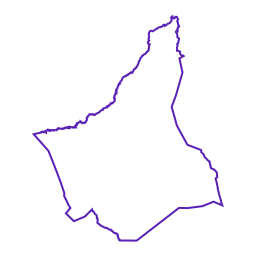 Dashinchilen, Bulgan, Mongolia
{"feature_id": "93677404B19716621729133", "entity_name": "Dashinchilen", "entity_type": "district", "adm_level": 2, "iso_a3": "MNG", "parent_name": "Mongolia", "parent_adm1": "Bulgan", "projection": "albers", "projection_center": [104.04, 47.859], "detail": "fine", "context": "isolated", "style": "outline", "palette": "violet", "viewbox_px": 256, "rotation_deg": 0, "n_neighbors": 0, "source": "geoboundaries", "source_scale": "gbopen_adm2", "svg_char_len": 5639}
<svg xmlns="http://www.w3.org/2000/svg" viewBox="0 0 256 256"><path d="M183.7,56.0L183.2,55.5L181.8,55.5L181.0,55.0L180.1,53.6L180.1,52.1L180.0,51.6L179.8,51.4L178.4,51.0L177.7,50.6L177.4,50.9L177.0,50.8L177.0,50.2L177.3,49.8L177.3,49.5L177.0,49.0L176.8,48.1L177.5,46.0L177.5,45.3L177.1,44.2L177.6,43.6L178.2,43.3L178.2,41.9L178.7,40.6L179.0,39.0L179.0,38.4L178.1,38.0L177.3,37.0L177.3,36.2L177.5,35.9L177.4,35.3L176.7,33.2L175.9,32.2L175.9,31.7L176.0,31.3L176.5,31.1L177.2,31.6L177.6,31.6L177.7,29.9L177.2,29.2L177.3,28.9L177.8,28.4L178.1,27.0L178.8,26.9L179.1,26.6L179.2,26.3L178.5,25.6L178.5,25.0L178.0,24.0L178.0,22.8L177.2,21.6L177.3,20.9L178.1,19.6L176.8,16.9L175.8,16.7L175.4,16.9L174.6,18.3L173.3,18.3L172.6,17.0L172.6,15.4L172.4,16.3L172.1,16.6L172.4,17.2L171.3,17.3L171.1,17.5L171.5,18.0L171.5,20.3L171.6,20.5L171.4,21.0L170.7,21.6L170.1,22.8L168.9,23.5L167.7,23.7L165.7,25.5L165.2,25.7L164.9,25.8L164.9,25.4L164.4,24.7L163.6,24.9L163.1,25.2L163.0,25.7L161.9,26.6L160.7,26.8L160.4,27.2L158.8,27.3L157.8,28.2L156.4,28.8L154.5,30.2L152.6,31.3L151.4,30.7L150.2,31.0L149.6,31.6L149.3,32.4L148.9,33.0L148.8,33.8L149.0,34.2L148.8,35.6L149.2,36.5L149.1,37.5L148.4,38.6L149.2,40.7L148.9,41.1L148.3,41.3L148.1,42.0L147.8,42.5L147.9,43.1L148.7,43.9L149.5,44.2L149.3,44.4L149.4,45.2L149.0,45.5L148.9,45.8L149.0,48.4L148.9,48.7L148.5,49.2L148.7,50.2L148.1,50.8L148.0,51.1L147.7,51.3L147.6,51.5L146.7,51.9L146.3,52.5L146.1,53.1L144.9,54.0L144.2,54.3L143.1,55.4L142.3,55.6L141.8,56.8L141.0,57.4L140.4,58.4L139.8,60.2L138.8,61.6L138.5,62.2L138.6,63.4L138.2,63.9L138.1,64.5L137.5,65.3L137.4,65.8L136.9,66.1L136.8,66.9L136.2,67.6L135.7,67.7L135.6,68.1L135.2,68.3L135.2,68.8L134.3,69.1L134.1,69.6L133.6,69.9L133.4,70.7L133.2,71.0L133.1,71.6L132.3,72.3L132.1,72.8L131.1,72.2L130.4,72.5L130.2,72.7L130.3,73.0L129.9,73.1L129.7,73.5L128.8,73.9L128.3,74.5L127.9,74.5L127.3,74.7L127.4,75.1L126.7,75.4L125.8,76.3L125.4,75.9L125.1,76.0L123.0,77.5L122.4,78.4L121.8,79.8L121.8,80.2L121.4,80.6L121.1,81.1L120.2,81.9L119.7,82.9L119.9,83.5L119.5,83.5L119.4,84.0L118.9,84.0L118.8,84.3L118.9,84.6L118.2,85.3L118.3,86.1L117.6,86.9L117.6,87.2L117.4,87.4L117.3,88.7L116.3,89.4L116.4,90.1L116.1,90.2L115.9,91.3L116.7,91.9L116.3,93.0L116.1,93.1L116.3,93.5L115.3,93.6L115.2,94.7L114.6,95.3L114.7,96.1L114.3,96.4L114.3,96.8L113.9,97.6L114.8,98.5L114.4,98.9L114.4,99.2L114.4,99.4L114.7,99.7L114.5,100.0L114.7,100.8L114.2,101.6L113.2,102.3L112.6,103.3L111.1,103.0L110.5,103.6L110.4,104.2L110.5,104.5L109.6,104.7L109.1,105.3L108.9,105.8L108.2,105.7L108.0,105.9L108.2,106.3L107.1,106.4L107.2,106.7L107.0,106.8L107.1,107.1L107.0,107.4L106.5,107.2L106.2,107.5L103.5,108.4L103.3,108.6L103.2,108.8L102.8,109.0L103.0,109.7L101.5,110.3L100.2,111.1L99.3,112.2L99.0,112.3L98.7,112.7L97.3,113.3L96.6,113.4L96.1,114.0L95.6,114.3L94.9,115.0L94.2,115.0L94.0,114.7L93.6,114.7L93.5,114.2L93.1,114.2L91.9,114.2L92.1,114.5L91.9,114.6L91.4,114.2L90.9,114.3L90.3,114.2L89.9,114.7L89.5,114.5L89.4,114.8L89.6,115.6L89.4,115.2L88.9,115.1L87.9,116.0L87.9,116.7L87.6,116.7L87.2,117.3L86.7,117.6L86.7,118.6L87.0,119.4L86.7,119.9L86.8,120.4L86.1,121.0L85.9,121.9L85.0,122.4L84.8,123.0L84.5,123.1L84.1,122.6L83.8,122.6L82.3,122.9L82.0,123.2L81.9,123.1L81.9,122.5L81.3,122.3L81.0,121.7L80.7,121.8L80.2,121.3L79.9,122.2L79.7,122.3L78.9,122.4L78.3,122.6L77.9,123.2L77.4,122.9L77.2,123.0L76.5,124.0L76.9,124.4L76.9,124.8L76.7,124.8L76.5,124.4L76.3,124.6L76.4,125.2L76.1,125.5L76.5,125.8L75.5,125.6L75.2,125.8L75.6,126.6L75.4,126.5L75.0,126.8L75.0,127.0L75.3,127.2L74.9,127.7L73.7,127.4L73.2,127.6L72.5,127.5L72.6,127.1L71.8,127.2L71.1,127.1L70.5,127.4L70.1,126.8L69.7,126.6L69.5,126.8L69.4,127.3L68.8,127.0L68.5,127.0L68.6,127.6L68.5,127.8L68.0,127.6L67.9,127.8L68.2,128.1L67.4,128.0L67.7,127.3L67.4,127.1L66.8,127.6L65.9,127.4L65.0,128.0L64.9,127.8L64.6,127.8L64.2,128.5L63.9,128.5L63.6,128.7L63.4,128.5L62.9,128.9L62.3,128.5L61.5,128.9L60.9,128.6L59.5,128.7L59.3,128.4L58.9,128.6L58.3,128.3L58.3,128.8L58.0,129.0L57.7,128.8L57.4,128.9L56.9,129.6L56.7,130.2L56.1,129.9L54.9,130.0L54.2,130.5L53.4,130.6L53.2,130.5L53.2,130.1L53.0,129.9L51.3,130.2L50.3,129.8L49.9,130.0L50.1,130.6L49.6,130.5L49.2,130.9L49.0,130.6L48.5,130.4L48.6,130.1L48.0,129.6L47.8,129.9L47.0,130.1L46.4,130.5L46.3,131.5L46.1,131.2L45.9,131.3L45.9,131.6L45.7,131.6L45.5,131.1L44.7,131.3L44.6,131.6L44.8,132.0L44.6,131.9L44.3,132.1L43.2,132.2L42.3,131.5L41.4,132.4L41.0,132.3L40.9,132.6L33.7,134.2L48.4,150.8L54.3,165.5L60.5,181.8L64.3,193.1L64.2,196.2L66.2,200.0L68.6,205.2L70.4,208.0L65.9,213.4L73.9,221.2L84.8,216.6L92.0,209.5L92.1,210.2L92.3,210.4L92.5,211.1L93.6,211.5L94.9,214.0L96.0,214.7L96.6,215.4L97.1,217.5L96.7,217.8L96.7,218.1L97.7,219.1L97.4,222.8L98.4,223.7L99.6,224.4L100.4,225.4L101.6,225.8L102.3,226.5L103.5,226.9L105.5,228.0L106.2,227.8L107.0,228.0L109.0,229.5L109.9,229.7L110.3,229.5L110.8,229.6L111.2,229.9L111.3,230.6L112.4,231.0L112.5,231.5L114.4,233.0L115.1,233.1L115.4,233.4L116.3,233.3L117.4,234.1L117.8,234.6L117.8,234.8L117.4,235.0L117.4,235.3L117.8,235.8L117.9,236.7L118.3,237.2L118.1,237.7L118.5,238.0L118.9,239.7L119.7,239.8L119.9,240.5L136.7,240.6L179.0,207.9L187.3,208.1L202.4,206.2L213.6,201.7L222.3,205.4L221.1,202.0L221.0,200.8L218.8,193.3L218.6,191.8L217.9,189.4L217.6,187.0L216.3,180.9L215.7,179.5L215.8,178.2L217.0,177.5L217.3,177.0L217.0,175.4L217.1,173.9L216.5,172.0L214.2,169.6L211.2,168.3L210.6,167.6L210.8,166.1L210.4,165.6L209.8,163.7L209.7,161.7L209.0,161.5L208.8,160.9L207.6,160.2L206.4,158.6L205.0,157.6L204.3,156.3L203.6,154.3L201.2,152.0L201.2,150.1L187.4,144.8L176.9,125.6L171.7,106.9L176.1,94.9L182.5,72.4L179.4,58.4L183.7,56.0Z" fill="none" stroke="#5b21b6" stroke-width="2"/></svg>